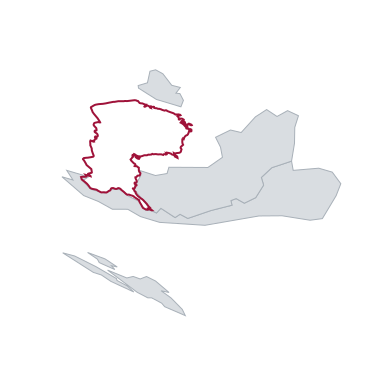 Finland highlighted, Equal Earth projection, rotated 208°
{"feature_id": "FIN", "entity_name": "Finland", "entity_type": "country or territory", "adm_level": 0, "iso_a3": "FIN", "parent_name": "Europe", "parent_adm1": "", "projection": "equal_earth", "projection_center": [24.864, 64.94], "detail": "fine", "context": "with_neighbors", "style": "outline", "palette": "rose", "viewbox_px": 384, "rotation_deg": 208, "n_neighbors": 3, "source": "natural_earth", "source_scale": "50m", "svg_char_len": 7844}
<svg xmlns="http://www.w3.org/2000/svg" viewBox="0 0 384 384"><g transform="rotate(208 192 192)"><path d="M178.0,79.6L181.3,77.8L193.2,77.7L229.9,83.4L209.2,85.5L204.3,89.8L196.9,90.9L192.5,96.0L182.5,96.3L165.1,92.5L172.9,90.3L160.7,88.6L145.5,83.8L139.9,79.7L162.3,77.9L166.5,79.6L178.0,79.6ZM312.8,152.3L290.5,156.8L294.0,150.5L282.5,146.9L268.7,149.9L264.4,156.6L255.8,160.7L246.1,158.5L234.4,158.9L224.5,154.0L219.0,156.5L213.5,156.8L211.8,163.0L194.9,161.5L192.1,166.7L183.3,166.7L166.5,184.6L150.5,199.1L153.6,202.7L149.9,206.9L140.5,206.7L133.1,216.9L132.0,231.7L137.6,237.4L132.9,251.0L118.6,266.0L112.8,258.6L91.3,272.5L77.5,275.4L64.5,269.2L63.0,256.4L64.4,229.7L74.5,222.5L101.3,213.3L121.6,202.3L164.9,168.7L206.3,150.0L226.0,146.1L240.6,146.6L254.2,139.4L270.2,139.7L286.0,138.0L314.0,144.4L302.7,146.7L312.8,152.3ZM277.6,77.6L265.6,80.4L242.0,81.0L218.1,80.1L216.7,78.7L205.1,78.6L196.4,76.4L221.4,75.0L233.1,76.2L241.3,74.7L277.6,77.6ZM255.8,89.6L237.3,92.1L222.8,90.7L228.6,89.1L223.7,87.3L240.7,86.1L244.0,88.3L255.8,89.6Z" fill="#d9dde1" stroke="#a8b0b8" stroke-width="1"/><path d="M118.6,266.0L132.9,251.0L137.6,237.4L132.0,231.7L133.1,216.9L140.5,206.7L149.9,206.9L153.6,202.7L150.5,199.1L166.5,184.6L183.3,166.7L192.1,166.7L194.9,161.5L211.8,163.0L213.5,156.8L219.0,156.5L244.9,167.5L245.0,182.6L248.0,186.5L232.0,189.4L222.7,196.6L224.0,203.0L189.5,221.1L181.4,236.9L187.9,245.0L196.9,251.4L187.1,264.8L176.5,267.6L171.3,288.1L164.8,299.8L152.4,298.6L145.8,308.7L133.8,309.3L131.6,297.3L124.4,283.2L118.6,266.0Z" fill="#d9dde1" stroke="#a8b0b8" stroke-width="1"/><path d="M288.0,258.6L289.5,260.7L282.6,267.5L285.8,278.9L281.5,282.8L273.2,282.7L260.0,276.7L251.4,278.8L252.6,271.7L248.9,273.2L242.6,268.9L241.8,262.0L266.9,257.0L288.0,258.6Z" fill="#d9dde1" stroke="#a8b0b8" stroke-width="1"/><path d="M250.4,188.5L249.4,186.7L248.9,185.9L248.1,185.1L246.7,184.6L246.4,184.4L246.2,184.0L246.1,183.5L246.0,182.7L246.0,182.1L246.2,181.7L246.8,181.5L247.8,180.8L247.9,180.2L248.0,179.5L248.4,178.8L248.9,178.4L248.8,178.2L248.5,177.8L247.8,177.2L246.8,176.5L246.1,175.9L245.7,175.3L245.6,174.7L245.6,174.3L245.9,173.9L246.9,173.5L247.0,173.3L246.6,172.4L246.0,172.2L244.2,172.1L244.1,171.9L244.2,171.5L244.8,170.8L244.9,170.6L244.5,169.8L244.4,168.8L244.6,168.0L245.8,167.5L245.8,167.3L244.3,166.7L243.3,166.0L242.9,165.6L241.7,165.5L241.0,164.4L238.8,163.4L238.1,163.1L234.3,162.4L232.8,162.3L231.0,161.9L229.7,161.4L228.6,161.1L227.6,160.7L226.3,160.3L225.9,160.0L224.5,159.4L223.8,159.0L221.4,158.3L221.4,158.0L221.3,157.7L221.2,157.6L218.8,157.1L219.3,156.8L221.2,156.8L222.8,157.1L223.2,156.9L223.4,156.7L222.7,155.7L222.9,155.5L223.6,155.2L224.7,154.9L226.4,154.9L227.6,154.9L227.9,155.0L229.6,156.0L231.1,157.1L231.9,157.5L233.9,158.8L234.6,159.5L234.8,160.0L235.6,160.0L240.8,160.5L241.4,160.8L243.1,160.7L244.3,160.4L246.5,160.1L247.9,159.2L249.2,159.3L252.2,160.1L255.5,160.7L256.4,161.1L257.7,161.2L259.0,160.8L259.8,159.6L260.4,159.1L261.4,158.7L262.5,158.6L263.4,158.5L264.0,158.2L264.9,157.5L265.1,156.7L264.9,155.3L265.1,154.8L265.8,154.1L266.8,152.1L267.2,151.5L267.8,151.1L268.5,150.9L269.9,150.3L271.8,149.1L272.3,149.0L273.7,149.0L275.4,149.0L277.0,149.2L277.8,149.1L279.1,148.7L281.3,148.0L282.6,147.8L283.9,147.8L285.3,148.6L287.3,149.5L288.6,150.0L292.1,150.8L295.2,151.3L297.0,153.1L296.2,153.8L295.8,154.1L294.3,154.8L292.7,155.8L292.6,156.4L293.2,156.9L293.9,157.2L290.3,158.1L289.0,158.3L289.3,158.6L291.6,158.7L292.0,158.8L292.3,159.2L292.1,159.6L289.7,161.8L289.6,162.2L290.5,163.5L291.7,165.0L297.7,166.3L299.4,167.5L302.2,169.2L303.7,169.8L303.8,170.0L303.4,171.2L301.7,172.4L300.1,173.4L298.5,174.6L297.2,175.6L295.8,176.8L295.7,177.2L295.7,177.6L295.9,178.0L297.8,179.6L299.5,181.2L300.3,182.1L300.7,183.0L301.5,183.8L302.8,184.8L303.8,185.6L304.1,186.3L305.6,188.7L305.8,189.4L305.8,189.8L305.1,189.9L303.8,190.0L302.3,190.3L302.2,190.4L303.2,191.0L302.4,191.9L302.4,193.4L301.5,194.1L301.4,194.3L301.5,194.4L301.6,194.5L303.3,194.7L303.5,194.9L303.5,195.3L303.4,195.7L302.5,196.0L301.6,196.4L301.5,196.8L301.5,197.2L301.8,197.8L302.5,198.5L303.3,198.9L306.0,199.3L306.4,199.7L306.6,200.1L306.5,200.6L305.3,201.5L305.3,201.9L305.9,202.7L306.6,203.5L309.3,204.4L310.2,204.9L310.5,205.3L310.6,205.9L310.7,206.6L310.5,207.2L309.7,208.0L307.8,209.6L305.9,210.2L305.8,210.3L306.4,210.8L310.0,212.8L315.4,215.0L317.4,216.0L318.1,216.7L319.0,217.5L320.0,218.2L320.7,218.8L321.0,219.2L321.0,219.6L320.2,220.8L319.7,221.7L318.8,223.1L317.9,224.0L315.6,225.8L312.1,228.0L311.3,228.6L309.7,229.8L307.0,232.1L306.2,232.7L304.0,234.5L302.9,235.1L302.1,235.7L299.8,237.5L294.9,240.1L294.2,240.7L291.7,242.0L285.8,246.1L285.5,246.2L284.6,246.6L283.2,246.7L282.5,247.0L280.4,246.1L280.0,246.0L278.7,246.3L277.5,246.9L275.3,247.1L274.1,247.3L273.4,247.6L273.3,246.9L273.6,246.0L274.1,245.4L274.1,245.1L273.7,245.1L273.0,245.9L272.6,246.9L271.9,247.4L270.2,247.6L268.5,246.8L267.7,246.9L268.2,247.4L268.6,248.0L268.5,248.4L267.6,248.3L266.6,248.7L265.8,249.3L265.4,249.3L264.8,248.5L263.7,248.8L262.8,249.3L261.0,249.5L259.9,250.1L257.9,250.5L256.8,250.5L254.4,251.0L253.6,251.8L252.8,252.1L251.8,251.9L248.7,252.3L245.7,252.8L244.4,252.8L243.1,252.6L241.8,253.3L240.3,254.2L238.7,254.6L238.2,254.4L238.6,253.9L239.7,253.4L240.4,252.7L240.5,252.1L240.0,251.9L239.3,251.8L238.5,251.2L237.7,249.9L237.3,249.9L237.0,250.2L236.8,251.2L236.5,251.5L235.6,251.9L235.1,252.1L233.2,252.0L233.0,251.5L233.0,251.3L233.4,250.7L233.1,250.6L233.3,250.0L233.8,250.1L234.3,250.0L234.5,249.7L234.5,249.4L233.8,249.3L233.8,249.1L234.4,248.2L234.5,247.9L234.3,247.9L233.9,248.0L231.3,247.7L228.1,246.5L227.4,246.5L226.9,245.5L226.1,245.6L225.0,246.2L224.2,245.7L223.3,245.4L223.0,245.0L223.1,244.3L223.0,243.5L222.8,242.5L222.7,241.1L222.9,240.1L223.6,239.3L223.9,238.8L224.3,237.6L224.4,236.1L224.2,235.6L224.3,235.2L224.8,235.2L224.7,235.0L224.5,234.8L224.2,234.5L224.5,234.3L225.1,234.3L225.3,234.0L224.8,233.2L224.7,232.8L224.0,231.5L223.2,230.4L222.0,229.5L222.5,228.1L223.0,226.9L223.0,226.3L222.8,225.6L221.3,224.8L221.1,223.7L220.8,222.5L220.9,221.7L221.2,221.2L221.7,220.6L224.3,218.8L224.5,217.9L226.2,217.9L225.4,217.0L225.2,216.6L225.2,216.1L227.7,215.7L228.6,216.0L230.7,215.6L232.7,214.9L232.6,214.5L232.3,214.2L232.0,213.5L232.2,213.3L232.9,213.5L232.6,213.1L232.7,212.8L233.4,212.9L234.7,212.0L234.8,211.2L236.9,210.8L239.4,209.4L240.5,208.9L241.6,208.6L244.0,207.1L245.0,207.0L245.5,206.0L247.5,204.7L248.1,204.5L249.0,203.3L251.4,202.0L253.0,200.2L253.8,199.6L254.1,198.9L255.0,198.9L255.9,198.4L257.7,198.1L259.5,198.2L260.3,198.4L261.0,198.3L260.9,197.7L260.4,197.4L260.8,197.0L261.8,196.8L261.7,196.2L261.4,195.8L260.6,195.4L261.0,194.3L261.1,193.2L261.5,191.9L260.5,191.2L256.7,190.0L256.0,190.1L255.2,189.9L254.3,189.0L254.7,188.3L254.8,188.0L254.4,188.0L253.9,188.4L252.7,188.8L251.1,188.5L250.4,188.5ZM230.5,248.1L231.7,248.3L232.3,248.2L232.8,248.8L231.8,249.2L231.7,249.7L232.1,250.0L232.3,250.4L231.3,250.4L230.8,250.1L230.6,249.6L230.1,249.3L229.5,249.0L229.8,248.7L230.0,248.2L230.5,248.1ZM256.8,197.0L255.4,197.3L254.3,197.1L254.3,196.4L255.0,196.1L256.2,196.0L258.0,196.3L258.2,196.5L257.2,196.6L256.8,197.0ZM222.1,215.6L222.2,215.9L222.8,215.8L223.5,215.4L224.0,215.6L224.0,216.1L223.6,216.1L223.0,216.3L222.9,216.5L222.4,216.6L221.4,216.1L220.8,215.3L222.3,215.3L222.1,215.5L222.1,215.6ZM223.4,246.2L223.3,246.7L222.6,246.7L221.9,246.8L221.4,246.2L221.1,245.3L221.2,245.2L221.6,244.9L222.0,245.4L223.4,246.2ZM228.7,248.5L228.0,248.5L227.0,247.9L226.9,247.7L227.3,247.6L227.0,247.1L227.1,246.9L227.9,247.3L228.3,247.7L227.9,247.8L228.6,248.2L228.7,248.5ZM227.1,250.7L226.1,251.1L225.7,251.0L225.8,250.4L226.4,250.1L227.4,250.0L227.1,250.7ZM225.0,251.1L224.1,251.2L223.6,250.9L223.8,250.7L224.4,250.4L225.1,250.4L225.2,250.7L225.0,251.1Z" fill="none" stroke="#9f1239" stroke-width="2"/></g></svg>